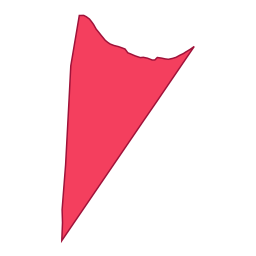 outline of Sossêgo, Paraíba, Brazil
{"feature_id": "56859067B23055317122585", "entity_name": "Sossêgo", "entity_type": "district", "adm_level": 2, "iso_a3": "BRA", "parent_name": "Brazil", "parent_adm1": "Paraíba", "projection": "equal_earth", "projection_center": [-36.188, -6.739], "detail": "fine", "context": "isolated", "style": "filled", "palette": "rose", "viewbox_px": 256, "rotation_deg": 0, "n_neighbors": 0, "source": "geoboundaries", "source_scale": "gbopen_adm2", "svg_char_len": 608}
<svg xmlns="http://www.w3.org/2000/svg" viewBox="0 0 256 256"><path d="M70.8,65.8L69.0,100.7L65.6,164.9L62.1,209.7L62.5,222.7L61.8,240.6L143.2,121.2L155.6,103.2L194.2,46.5L190.1,49.4L185.9,51.9L183.5,53.5L179.9,55.2L176.1,57.3L172.6,58.4L168.4,59.3L165.2,58.9L161.5,58.1L157.3,57.5L154.8,60.0L152.2,60.0L147.5,58.2L143.3,57.3L140.3,57.6L135.2,55.9L130.8,54.0L127.8,52.8L125.0,49.0L122.1,47.9L118.4,46.6L114.0,45.5L110.1,44.0L107.6,42.3L105.2,40.3L101.1,35.3L98.5,32.0L96.2,29.2L93.5,24.4L91.4,21.5L89.4,19.0L86.4,16.8L83.7,15.4L79.3,15.5L70.8,65.8Z" fill="#f43f5e" stroke="#9f1239" stroke-width="1.5"/></svg>